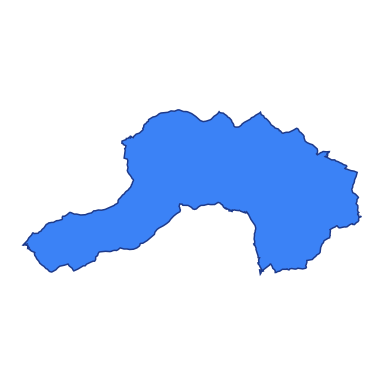 Rozavlea, Maramures, Romania (Natural Earth projection)
{"feature_id": "2599482B19056490383889", "entity_name": "Rozavlea", "entity_type": "district", "adm_level": 2, "iso_a3": "ROU", "parent_name": "Romania", "parent_adm1": "Maramures", "projection": "natural_earth1", "projection_center": [24.205, 47.737], "detail": "fine", "context": "isolated", "style": "filled", "palette": "blue", "viewbox_px": 384, "rotation_deg": 0, "n_neighbors": 0, "source": "geoboundaries", "source_scale": "gbopen_adm2", "svg_char_len": 6004}
<svg xmlns="http://www.w3.org/2000/svg" viewBox="0 0 384 384"><path d="M73.8,270.9L77.8,269.1L83.3,265.8L85.2,265.8L86.5,264.2L90.9,262.1L93.1,261.2L94.6,261.2L95.6,259.7L95.7,257.0L96.7,256.1L97.3,255.9L97.8,255.0L98.1,253.6L99.0,252.2L99.6,251.9L105.5,251.3L109.9,251.6L111.4,251.3L112.9,250.6L114.9,250.3L116.4,250.5L117.9,249.8L120.2,247.9L124.0,249.0L127.1,249.0L129.7,249.5L133.5,249.2L136.9,247.9L139.3,246.1L139.7,245.5L140.2,243.7L140.7,243.4L142.9,243.2L147.1,240.6L154.4,234.4L154.9,232.2L157.1,229.4L159.2,227.9L163.4,225.7L166.7,223.5L169.1,221.5L170.7,219.2L173.6,216.1L176.7,213.6L179.9,211.7L180.4,210.0L179.8,208.5L179.7,207.5L179.1,206.5L179.7,204.0L182.2,204.2L182.7,205.2L183.1,205.3L188.1,205.4L191.5,207.4L192.8,208.9L194.5,209.4L196.4,208.9L198.5,206.9L200.9,205.4L204.0,205.3L208.1,204.2L210.7,204.6L214.7,204.5L218.1,202.4L220.2,203.1L221.6,204.6L222.4,204.8L223.5,207.0L225.0,208.3L225.6,208.0L225.8,208.7L226.4,208.5L226.7,209.1L227.3,208.8L228.2,209.4L229.0,209.5L228.9,210.2L229.0,210.5L229.4,210.0L230.4,210.2L230.9,210.4L230.6,210.9L231.2,210.8L231.4,211.3L232.1,211.5L232.3,210.9L232.0,210.2L232.5,210.0L233.1,210.3L234.5,209.9L235.7,210.3L238.8,210.6L239.4,210.3L240.5,211.1L244.1,212.5L244.7,211.9L245.3,212.9L246.1,212.2L247.2,213.2L247.2,212.6L248.4,214.2L250.9,219.4L255.1,225.5L255.7,227.9L255.7,229.0L255.2,230.8L255.2,231.8L254.4,233.8L254.5,235.4L254.1,239.1L254.7,241.2L254.6,243.6L253.9,243.8L254.5,244.7L254.1,244.9L255.1,245.8L256.1,248.3L256.0,249.5L258.1,256.0L258.1,257.6L259.6,257.8L259.1,258.9L258.9,258.8L258.6,260.0L258.9,262.7L258.0,262.8L258.1,263.8L259.5,265.4L260.0,266.7L262.1,270.3L259.6,269.9L260.3,274.1L261.1,272.8L261.0,271.7L263.4,271.0L263.1,270.0L269.5,265.1L269.9,264.3L270.7,264.0L272.2,266.4L272.8,268.3L274.7,269.9L275.2,271.0L275.2,272.5L276.0,272.5L277.6,271.6L279.8,271.1L282.4,269.3L286.4,269.3L287.0,268.9L287.7,269.5L289.0,269.9L289.8,268.9L291.6,268.5L295.2,269.1L296.4,268.9L297.9,268.2L302.7,268.9L305.8,268.2L306.4,267.2L305.7,265.6L306.2,264.6L306.9,262.2L306.8,260.5L312.3,259.5L314.1,257.6L315.8,256.3L316.6,255.1L319.2,253.5L320.1,252.3L320.7,247.3L321.1,246.6L322.1,244.0L323.4,242.7L323.9,241.1L324.2,240.6L328.1,238.3L329.6,237.8L329.8,236.4L330.2,235.5L330.0,234.4L330.4,231.1L330.3,230.1L330.0,229.6L333.1,227.8L335.1,227.0L336.6,225.8L337.1,225.8L338.6,227.6L339.8,227.9L344.3,226.9L345.4,227.0L347.0,226.8L349.8,224.7L352.0,223.7L352.5,223.7L352.7,224.4L354.4,224.6L356.5,222.5L357.8,221.8L358.5,220.9L358.8,220.1L358.5,219.5L358.9,217.6L360.9,216.8L361.0,216.5L360.7,216.3L359.4,217.2L359.0,217.1L358.7,216.4L358.7,215.0L357.7,214.7L357.7,213.8L358.8,212.5L358.1,212.1L357.5,210.1L357.9,208.0L357.8,205.6L356.1,203.7L357.0,201.2L356.9,199.6L358.4,197.5L357.9,196.7L355.4,194.1L352.7,192.6L351.8,189.5L351.9,188.8L352.6,187.6L352.9,185.0L354.0,183.0L354.4,181.6L354.5,180.0L356.1,176.5L357.2,172.4L354.0,171.1L350.9,170.6L346.5,169.0L345.4,168.8L344.9,168.4L346.7,166.6L346.8,166.2L346.1,165.4L343.5,164.6L341.6,163.3L340.1,162.8L338.2,161.7L335.7,160.9L334.8,159.9L331.6,159.9L327.3,157.5L325.1,156.6L325.5,156.3L327.4,156.2L327.6,155.7L327.7,154.7L326.9,154.4L327.0,153.8L329.0,152.4L329.3,151.6L326.7,151.8L323.1,151.5L321.4,152.5L320.7,152.6L319.0,153.9L317.3,154.8L316.5,153.9L317.4,152.9L317.6,150.8L317.2,148.9L312.5,144.7L309.7,143.8L306.9,142.5L305.1,141.0L304.0,137.6L304.1,136.4L303.4,135.1L300.9,132.6L299.5,131.7L298.7,130.3L298.4,129.4L297.5,128.6L296.5,128.3L293.5,130.1L288.9,132.3L286.1,132.3L283.9,132.9L283.1,133.3L282.0,132.9L280.4,130.9L279.3,130.7L279.0,129.7L278.3,129.0L275.0,128.0L273.9,126.7L271.1,124.8L269.7,122.4L267.6,120.0L266.0,118.5L264.9,118.3L264.1,117.1L263.7,116.0L261.2,114.6L260.5,112.2L259.5,113.1L255.7,115.2L253.8,116.8L251.5,117.7L250.1,119.3L244.4,122.3L242.1,124.0L241.1,125.4L239.4,126.6L238.6,127.0L236.5,127.1L235.1,127.0L234.2,126.3L233.7,125.6L233.7,124.7L233.3,123.8L231.8,121.6L231.5,120.3L229.5,118.0L227.6,116.9L226.7,115.6L224.4,114.1L223.5,113.2L220.5,112.8L219.7,112.4L219.1,111.7L217.8,113.6L216.2,114.9L214.0,116.3L211.3,119.2L210.0,119.9L206.0,121.2L203.1,121.6L200.2,120.5L195.8,116.5L191.7,113.6L188.0,112.0L186.6,111.6L183.4,111.5L179.2,109.9L177.8,109.9L174.5,111.2L171.0,110.9L167.9,112.3L160.9,113.0L159.1,113.8L157.1,115.5L155.3,116.5L152.9,117.0L148.6,119.6L148.3,121.4L146.9,122.1L145.8,123.7L144.7,124.2L143.9,125.2L143.6,127.4L142.8,128.3L143.1,129.6L142.9,129.9L139.4,133.1L136.2,134.1L133.6,136.6L133.3,137.6L131.5,137.1L131.2,136.5L130.3,136.2L130.0,136.5L129.9,137.6L130.5,137.8L130.4,138.0L128.9,137.5L128.2,138.3L126.3,138.5L126.2,139.5L122.0,141.1L121.9,143.3L123.1,143.7L123.4,144.6L125.9,145.7L125.5,148.0L124.7,148.6L125.2,150.3L124.1,158.1L127.2,159.1L127.8,160.4L127.6,163.1L127.2,164.7L128.0,167.6L127.3,170.6L127.9,172.2L129.4,174.5L130.1,175.1L131.5,177.2L132.1,178.5L133.3,179.5L133.5,180.4L132.5,182.4L132.2,183.8L131.5,184.7L131.4,185.6L130.7,186.7L130.6,187.3L129.2,188.5L128.5,189.7L125.7,191.8L124.0,194.1L122.6,195.0L120.6,197.5L118.7,199.3L118.1,200.4L118.0,202.7L116.7,203.8L115.2,204.4L114.2,205.4L105.2,209.4L101.4,210.2L98.3,210.0L95.3,210.8L93.8,210.8L91.5,212.9L88.2,213.6L85.4,214.7L80.7,215.0L76.8,214.1L74.3,214.1L70.7,212.5L69.6,212.5L66.8,214.9L64.6,216.2L62.6,216.3L62.2,217.5L62.4,218.9L62.0,219.5L58.6,220.5L56.5,220.7L53.4,222.4L51.6,222.4L48.5,223.0L47.7,223.8L46.3,224.4L44.0,227.8L42.0,229.5L41.1,231.0L39.1,232.0L38.0,233.3L34.1,233.5L33.1,232.9L32.6,233.0L31.6,235.0L28.8,237.9L27.5,240.4L23.0,245.1L23.9,245.3L24.8,243.9L25.3,244.0L25.8,244.5L26.7,244.2L26.1,245.2L27.8,245.4L27.7,247.9L28.6,247.0L29.2,247.8L28.9,248.5L28.4,248.5L28.5,248.7L30.0,249.9L30.1,248.9L30.3,250.0L31.3,251.0L34.8,252.5L34.4,253.6L34.8,255.5L35.9,257.0L36.7,258.8L38.8,261.2L39.8,263.2L42.4,265.4L43.8,266.2L46.0,268.6L47.3,269.1L49.4,271.4L51.3,272.0L52.0,271.9L55.9,269.8L57.6,267.9L59.7,266.2L64.4,265.2L68.0,264.0L69.2,265.9L72.2,268.3L73.1,270.1L73.8,270.9Z" fill="#3b82f6" stroke="#1e3a8a" stroke-width="1.5"/></svg>